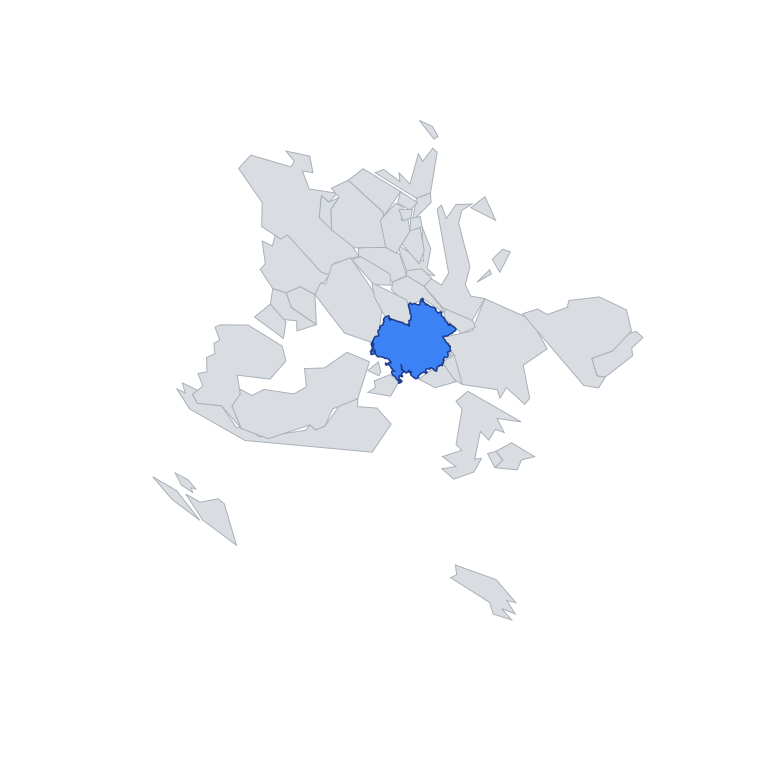 Germany on a map of Europe (Natural Earth projection), rotated 221°
{"feature_id": "DEU", "entity_name": "Germany", "entity_type": "country or territory", "adm_level": 0, "iso_a3": "DEU", "parent_name": "Europe", "parent_adm1": "", "projection": "natural_earth1", "projection_center": [10.44, 51.169], "detail": "fine", "context": "in_parent", "style": "filled", "palette": "blue", "viewbox_px": 768, "rotation_deg": 221, "n_neighbors": 37, "source": "natural_earth", "source_scale": "50m", "svg_char_len": 13279}
<svg xmlns="http://www.w3.org/2000/svg" viewBox="0 0 768 768"><g transform="rotate(221 384 384)"><path d="M389.6,165.5L431.4,162.4L461.4,170.9L445.4,174.1L433.9,188.5L425.9,188.8L389.6,165.5ZM536.9,252.6L519.6,257.1L521.8,250.6L512.2,247.0L492.4,261.0L466.8,254.3L457.6,263.2L444.0,261.7L412.8,297.5L413.0,304.6L405.6,304.4L400.9,313.5L404.0,343.1L394.2,355.8L389.0,349.6L373.5,361.2L352.3,358.4L348.2,324.8L451.8,250.2L514.1,237.7L537.1,244.3L528.3,246.8L536.9,252.6ZM497.8,162.3L470.5,167.4L433.6,160.3L468.5,157.8L497.8,162.3ZM483.2,179.8L468.9,183.2L457.1,181.3L461.5,179.2L457.2,176.6L470.6,174.9L483.2,179.8Z" fill="#d9dde1" stroke="#a8b0b8" stroke-width="1"/><path d="M324.6,435.0L370.2,457.5L352.5,481.9L363.9,514.5L315.5,529.2L283.9,517.5L291.3,489.5L264.7,468.8L264.4,461.0L289.2,461.5L287.2,449.5L294.8,454.0L324.6,435.0ZM375.2,537.4L380.6,521.9L379.2,539.6L375.2,537.4Z" fill="#d9dde1" stroke="#a8b0b8" stroke-width="1"/><path d="M394.2,355.8L406.4,331.5L400.9,313.5L405.6,304.4L413.0,304.6L435.4,266.9L462.7,256.7L484.4,267.6L488.7,285.8L476.2,288.5L471.1,301.1L445.6,317.2L440.7,331.0L454.1,343.5L439.4,357.1L432.8,383.6L409.6,391.2L394.2,355.8Z" fill="#d9dde1" stroke="#a8b0b8" stroke-width="1"/><path d="M530.5,383.0L552.6,389.3L552.5,396.9L569.8,412.0L558.8,414.9L563.8,425.0L554.6,433.2L496.8,430.5L494.8,406.2L511.1,402.3L517.6,388.6L530.5,383.0Z" fill="#d9dde1" stroke="#a8b0b8" stroke-width="1"/><path d="M597.8,493.4L610.8,495.4L589.5,507.3L576.4,496.9L585.4,491.3L568.4,482.1L544.4,497.2L545.0,485.0L554.8,485.2L542.0,467.1L510.4,471.1L486.8,463.8L500.8,442.6L496.8,430.5L504.9,427.2L554.6,433.2L556.9,425.6L579.6,422.6L594.9,441.0L635.1,451.3L634.7,469.4L596.6,486.8L597.8,493.4Z" fill="#d9dde1" stroke="#a8b0b8" stroke-width="1"/><path d="M494.8,406.2L498.2,418.9L493.5,421.0L501.5,439.7L492.2,457.4L436.9,442.6L419.1,415.8L419.3,407.8L447.2,396.5L494.8,406.2Z" fill="#d9dde1" stroke="#a8b0b8" stroke-width="1"/><path d="M444.3,467.0L436.5,482.4L425.0,485.1L381.5,477.9L410.5,474.0L415.9,459.0L440.1,460.0L444.3,467.0Z" fill="#d9dde1" stroke="#a8b0b8" stroke-width="1"/><path d="M486.8,463.8L492.3,469.6L478.9,486.3L457.5,492.3L438.1,480.6L444.3,467.0L486.8,463.8Z" fill="#d9dde1" stroke="#a8b0b8" stroke-width="1"/><path d="M524.7,466.0L542.0,467.1L554.8,485.2L545.0,485.0L540.4,495.2L538.5,481.0L524.7,466.0Z" fill="#d9dde1" stroke="#a8b0b8" stroke-width="1"/><path d="M540.4,495.2L552.2,497.3L544.6,514.4L496.5,513.1L472.2,488.3L495.8,467.3L524.7,466.0L538.5,481.0L540.4,495.2Z" fill="#d9dde1" stroke="#a8b0b8" stroke-width="1"/><path d="M517.6,388.6L511.1,402.3L494.8,406.2L474.0,384.4L504.0,380.9L517.6,388.6Z" fill="#d9dde1" stroke="#a8b0b8" stroke-width="1"/><path d="M522.2,369.7L530.5,383.0L517.6,388.6L504.0,380.9L474.0,384.4L484.5,366.9L491.3,374.4L505.1,364.7L522.2,369.7Z" fill="#d9dde1" stroke="#a8b0b8" stroke-width="1"/><path d="M525.7,349.6L522.2,369.7L498.6,366.5L489.9,352.4L525.7,349.6Z" fill="#d9dde1" stroke="#a8b0b8" stroke-width="1"/><path d="M493.8,508.7L496.5,513.1L544.6,514.4L541.0,532.8L497.8,540.1L493.8,508.7Z" fill="#d9dde1" stroke="#a8b0b8" stroke-width="1"/><path d="M530.2,606.1L516.5,610.2L505.6,606.3L507.0,601.6L530.2,606.1ZM481.3,545.5L529.3,537.6L525.0,545.7L504.8,547.2L511.1,553.3L495.5,551.9L509.1,580.3L500.9,577.4L501.9,593.8L496.0,593.9L474.3,558.7L481.3,545.5Z" fill="#d9dde1" stroke="#a8b0b8" stroke-width="1"/><path d="M481.3,545.5L474.3,558.7L467.6,551.9L469.5,525.4L481.3,545.5Z" fill="#d9dde1" stroke="#a8b0b8" stroke-width="1"/><path d="M441.3,484.3L465.6,497.9L434.8,502.4L458.5,527.7L437.3,516.6L427.5,499.6L416.9,499.0L441.3,484.3Z" fill="#d9dde1" stroke="#a8b0b8" stroke-width="1"/><path d="M382.5,473.4L389.0,484.5L362.8,492.1L352.3,486.8L358.6,473.2L382.5,473.4Z" fill="#d9dde1" stroke="#a8b0b8" stroke-width="1"/><path d="M351.1,446.1L354.3,452.8L350.1,452.1L351.1,446.1Z" fill="#d9dde1" stroke="#a8b0b8" stroke-width="1"/><path d="M354.4,438.6L350.1,452.1L324.6,435.0L344.8,431.6L354.4,438.6Z" fill="#d9dde1" stroke="#a8b0b8" stroke-width="1"/><path d="M361.0,410.6L354.4,438.6L331.2,432.9L343.1,414.7L361.0,410.6Z" fill="#d9dde1" stroke="#a8b0b8" stroke-width="1"/><path d="M221.6,534.2L228.5,529.8L244.1,539.6L233.3,558.7L236.4,575.7L228.3,589.2L219.1,588.9L220.6,573.6L214.9,568.4L221.6,534.2Z" fill="#d9dde1" stroke="#a8b0b8" stroke-width="1"/><path d="M232.0,586.4L233.3,558.7L244.1,539.6L228.5,529.8L221.6,534.2L219.4,521.8L232.1,514.0L325.5,527.8L317.4,541.3L306.2,543.6L296.1,562.2L299.2,568.4L278.6,591.0L249.7,599.0L232.0,586.4Z" fill="#d9dde1" stroke="#a8b0b8" stroke-width="1"/><path d="M255.4,406.6L249.2,423.3L222.7,427.9L230.4,417.0L227.2,406.5L245.5,393.6L244.5,404.6L255.4,406.6Z" fill="#d9dde1" stroke="#a8b0b8" stroke-width="1"/><path d="M389.6,480.1L418.0,484.2L419.2,494.1L405.6,496.3L408.0,510.2L458.6,550.8L458.0,556.7L445.5,549.8L447.4,566.6L435.7,577.5L439.2,565.9L432.9,554.1L396.1,529.0L387.6,512.1L376.4,507.3L363.9,514.5L359.2,489.8L389.6,480.1ZM407.1,580.7L434.2,574.0L430.7,591.6L407.1,580.7ZM369.9,544.3L384.1,549.2L382.9,563.6L375.3,566.6L369.9,544.3Z" fill="#d9dde1" stroke="#a8b0b8" stroke-width="1"/><path d="M385.5,395.1L374.3,395.3L371.0,379.2L390.7,367.1L388.1,375.6L393.4,380.0L385.5,395.1ZM405.0,383.5L402.8,397.0L394.4,391.2L393.3,386.9L405.0,383.5Z" fill="#d9dde1" stroke="#a8b0b8" stroke-width="1"/><path d="M255.4,406.6L244.5,404.6L245.5,393.6L260.3,399.5L255.4,406.6ZM280.1,411.4L266.3,386.9L261.6,391.7L258.4,376.7L269.0,358.0L284.7,358.0L275.5,368.9L292.2,367.6L281.8,385.0L289.9,385.6L308.7,416.4L318.4,418.3L315.9,433.5L255.7,445.4L276.1,432.1L261.4,426.2L270.1,422.9L268.1,410.5L280.1,411.4Z" fill="#d9dde1" stroke="#a8b0b8" stroke-width="1"/><path d="M206.7,281.6L204.0,287.7L211.3,294.2L171.0,309.9L141.0,305.5L149.3,301.2L134.1,296.5L147.9,291.8L132.9,289.6L150.7,282.0L160.8,288.4L206.7,281.6Z" fill="#d9dde1" stroke="#a8b0b8" stroke-width="1"/><path d="M418.0,484.2L438.1,480.6L441.3,484.3L431.1,495.6L417.4,495.1L418.0,484.2Z" fill="#d9dde1" stroke="#a8b0b8" stroke-width="1"/><path d="M521.8,250.6L519.4,263.6L531.3,269.9L525.5,277.0L535.4,287.7L531.5,295.9L539.1,303.1L536.8,309.4L548.8,316.1L546.6,321.0L525.3,339.3L485.7,345.8L473.2,337.2L473.2,312.9L500.5,294.4L485.9,282.1L484.4,267.6L462.7,256.7L492.4,261.0L512.2,247.0L521.8,250.6Z" fill="#d9dde1" stroke="#a8b0b8" stroke-width="1"/><path d="M490.3,456.8L485.0,464.9L451.7,470.9L443.3,463.3L456.9,452.4L490.3,456.8Z" fill="#d9dde1" stroke="#a8b0b8" stroke-width="1"/><path d="M427.2,435.4L448.3,443.3L459.4,452.4L422.1,462.4L406.9,451.9L404.5,444.3L427.2,435.4Z" fill="#d9dde1" stroke="#a8b0b8" stroke-width="1"/><path d="M459.4,525.8L441.0,510.8L436.5,497.9L465.5,501.9L466.8,515.9L459.4,525.8Z" fill="#d9dde1" stroke="#a8b0b8" stroke-width="1"/><path d="M492.4,529.4L497.8,540.1L477.6,542.8L478.6,532.3L492.4,529.4Z" fill="#d9dde1" stroke="#a8b0b8" stroke-width="1"/><path d="M460.6,490.7L472.2,488.3L494.1,505.0L493.8,527.9L485.5,530.2L478.5,519.1L474.0,524.1L464.8,516.4L460.6,490.7Z" fill="#d9dde1" stroke="#a8b0b8" stroke-width="1"/><path d="M472.4,526.5L466.7,534.2L458.5,527.7L464.8,516.4L472.4,526.5Z" fill="#d9dde1" stroke="#a8b0b8" stroke-width="1"/><path d="M477.2,534.5L472.4,526.5L477.0,519.7L487.0,525.5L477.2,534.5Z" fill="#d9dde1" stroke="#a8b0b8" stroke-width="1"/><path d="M381.9,473.4L379.1,471.8L376.6,472.0L376.1,471.5L375.8,471.3L375.5,471.5L375.3,471.5L374.4,470.8L374.0,470.7L373.5,470.8L372.8,471.2L372.6,471.6L372.6,471.9L373.0,472.0L373.8,471.9L373.9,472.0L374.0,472.2L373.9,472.3L373.2,472.4L373.0,472.6L372.8,472.7L371.9,472.5L370.8,472.5L370.0,472.8L368.6,473.0L366.6,472.9L365.5,472.5L365.2,471.8L365.3,470.7L365.8,469.3L365.9,468.3L365.7,467.6L366.0,466.6L366.8,465.3L367.3,463.9L367.6,462.5L367.9,461.5L368.7,460.9L370.5,458.9L370.4,458.0L369.3,457.6L366.1,457.0L365.4,456.8L364.8,456.1L364.4,456.1L363.6,456.3L362.7,456.5L362.0,456.3L361.6,456.4L361.3,456.5L361.2,456.4L361.1,455.8L360.1,455.5L359.8,455.5L359.6,455.8L359.2,456.0L358.8,456.0L357.5,454.3L357.5,454.0L357.2,453.5L356.6,453.0L356.0,452.8L355.7,452.9L355.7,452.2L356.0,451.3L356.2,450.8L356.5,450.5L356.9,450.2L357.0,449.7L356.9,449.2L355.6,448.8L355.0,448.4L354.1,447.4L353.8,446.7L353.8,446.1L354.0,445.6L354.4,444.6L356.0,443.8L355.8,442.9L355.8,442.3L355.5,442.0L354.7,441.8L354.5,441.6L354.4,441.3L355.0,440.8L354.3,440.4L354.1,439.9L353.1,439.4L353.0,439.2L353.5,437.6L353.2,437.1L352.8,436.8L352.3,436.7L352.0,436.5L352.0,436.2L352.6,436.1L354.2,435.0L354.3,434.8L353.9,434.7L353.8,434.2L354.6,432.8L354.8,432.2L354.9,431.8L354.8,431.4L354.0,430.3L354.0,429.9L353.7,429.6L352.9,428.6L352.9,428.1L353.4,427.8L354.7,427.3L355.8,427.6L356.2,427.9L356.8,427.5L357.6,427.6L359.4,427.0L359.7,426.7L359.9,426.4L359.2,425.7L359.3,425.2L359.5,425.0L359.9,424.9L360.4,424.6L361.4,423.9L361.7,423.3L361.9,422.1L361.6,421.7L361.3,421.4L360.2,421.4L359.6,421.2L359.2,420.9L359.1,420.5L359.3,420.3L359.3,420.1L359.2,419.8L359.3,419.6L359.6,419.4L361.7,419.5L361.9,419.3L362.1,418.3L362.6,416.8L363.2,416.0L363.2,415.6L363.3,413.7L363.4,412.7L363.0,412.2L362.2,411.7L362.4,410.7L362.7,409.8L363.5,408.8L364.1,408.6L366.9,408.4L370.0,408.5L371.2,410.0L370.8,410.8L371.5,411.1L371.9,411.0L372.1,410.3L372.3,409.6L372.6,409.3L373.5,409.9L373.9,410.3L373.9,411.5L374.2,409.8L374.0,408.7L374.2,407.5L374.6,406.9L374.9,406.6L377.2,407.0L379.7,406.8L380.6,407.2L382.7,409.4L383.4,409.8L384.3,409.9L383.1,409.4L380.5,406.7L379.7,406.4L378.6,406.3L377.8,406.0L377.4,405.6L377.2,405.3L377.3,402.6L376.8,402.2L376.3,402.0L375.9,402.2L375.2,402.2L375.0,401.6L375.2,401.1L376.7,400.8L377.7,400.4L377.7,399.7L377.1,399.1L376.4,398.1L375.5,397.1L375.4,395.9L377.3,396.0L379.6,396.5L380.1,396.9L380.8,396.9L382.1,396.6L383.0,396.4L383.4,396.6L384.0,396.7L384.1,396.9L385.2,397.2L385.7,397.6L386.3,398.3L386.3,399.3L385.6,399.9L385.0,400.4L387.2,400.2L387.8,401.0L389.0,400.7L392.0,402.0L393.8,401.4L394.2,401.3L394.6,402.4L394.2,403.4L392.6,404.5L393.0,405.2L393.5,405.3L395.0,405.2L397.4,405.8L397.9,405.6L399.8,404.1L400.5,403.8L403.1,403.5L403.5,402.9L404.6,402.3L405.2,401.7L406.8,400.4L410.4,401.0L411.4,402.3L413.8,403.8L416.1,403.7L416.9,405.1L417.3,406.8L418.0,407.3L418.6,407.7L420.5,408.1L420.8,409.9L421.8,412.7L421.8,413.6L421.5,414.5L420.9,415.4L420.1,415.8L419.6,416.3L419.6,416.9L420.6,417.9L422.7,419.3L423.6,420.5L423.2,421.6L423.1,422.3L423.3,422.8L423.7,423.2L424.2,423.5L424.4,423.9L424.3,424.5L424.4,424.9L424.8,425.2L424.6,425.7L424.2,427.1L423.6,427.8L423.8,428.5L424.3,429.2L424.7,429.6L424.8,430.0L424.6,430.8L424.7,431.1L426.2,431.7L426.5,432.0L426.6,432.6L427.2,433.9L426.8,435.6L426.4,436.5L425.5,438.2L425.2,438.5L424.8,438.5L424.3,438.3L423.9,438.1L424.0,437.5L423.8,437.4L423.5,437.0L423.4,436.6L423.0,436.5L421.5,436.2L421.2,436.2L421.0,436.5L421.3,437.1L422.0,437.5L421.9,437.6L420.5,438.0L419.7,438.4L418.9,438.6L418.1,439.1L416.5,439.5L415.3,439.7L415.0,439.8L414.6,440.6L414.3,440.8L413.8,440.5L413.5,440.6L413.2,440.9L412.9,441.0L412.7,441.0L412.2,441.7L410.9,441.9L410.5,442.7L410.3,442.8L409.6,442.6L408.8,442.5L408.3,442.8L407.7,442.9L407.0,442.9L406.2,443.4L405.4,444.2L405.0,444.9L404.8,445.2L404.4,444.5L403.6,443.8L403.3,443.8L403.2,443.9L403.2,444.3L403.6,444.8L403.9,445.2L404.2,446.1L404.8,446.6L405.7,447.1L406.3,447.6L406.8,448.2L406.8,448.4L406.6,448.6L405.8,449.8L405.9,450.1L406.7,450.9L407.1,451.6L407.8,452.8L408.2,453.3L409.3,454.2L410.2,454.2L411.1,454.9L412.0,456.0L412.8,456.5L413.3,456.6L413.7,457.0L414.2,457.9L414.6,458.1L415.5,458.1L416.6,459.0L417.3,459.6L417.7,460.2L417.6,460.4L417.6,461.7L417.5,462.1L417.0,462.5L416.6,462.7L415.0,462.1L414.8,462.3L414.4,464.1L414.1,464.5L413.7,464.8L411.7,465.4L410.1,466.1L409.5,466.6L409.0,467.2L409.0,467.5L410.6,469.5L410.7,470.4L410.2,471.3L411.3,471.5L411.5,472.0L411.5,472.8L411.3,473.6L411.2,473.9L410.8,473.9L410.1,473.6L409.5,473.2L409.3,473.0L409.2,472.7L409.4,472.5L409.2,472.2L408.4,471.8L407.7,472.0L407.1,472.2L406.7,472.2L406.3,471.9L405.7,471.6L404.4,471.3L404.4,472.1L404.2,472.4L400.3,472.8L399.1,473.1L398.3,473.6L397.6,473.8L397.5,474.1L396.8,474.4L396.1,474.6L395.9,474.4L394.7,474.8L394.2,474.7L393.4,474.0L393.2,473.6L393.2,473.4L392.1,473.4L391.5,473.1L390.0,473.2L389.6,473.1L389.3,474.5L389.0,475.1L388.5,475.6L387.9,475.9L387.5,476.0L387.5,475.6L387.6,475.1L386.7,474.9L386.5,474.4L386.4,474.2L386.2,473.9L385.7,473.6L384.6,473.1L383.8,472.8L383.5,473.1L383.0,473.4L382.1,473.3L381.9,473.4ZM415.9,401.3L416.1,402.0L415.9,402.4L415.0,401.8L414.1,401.8L413.6,402.7L413.2,402.7L411.7,401.9L411.5,401.5L411.5,401.2L411.6,400.0L411.6,399.6L412.0,399.2L412.1,398.7L412.9,398.1L413.5,398.0L413.8,398.6L414.1,398.9L415.3,399.3L415.5,399.5L415.0,400.2L414.9,400.5L415.0,400.9L415.9,401.3ZM420.0,405.8L419.9,406.1L420.1,406.6L419.7,406.6L418.7,406.7L417.7,406.5L417.5,405.9L417.7,405.3L417.3,404.9L416.9,404.6L416.8,404.3L416.9,403.9L420.0,405.8ZM372.5,397.1L372.3,397.3L372.4,395.9L373.3,394.3L373.7,394.4L373.3,394.8L373.2,395.1L373.0,395.7L373.1,396.0L375.1,396.1L374.9,396.3L372.8,396.5L372.5,397.1ZM396.4,400.9L395.2,401.0L394.7,400.5L394.2,400.4L394.5,399.9L394.8,399.7L396.0,400.1L396.4,400.7L396.4,400.9ZM374.8,397.9L374.4,398.2L373.7,398.1L373.3,397.9L373.4,397.6L373.8,397.4L374.1,397.4L374.6,397.5L374.8,397.9Z" fill="#3b82f6" stroke="#1e3a8a" stroke-width="1.5"/></g></svg>